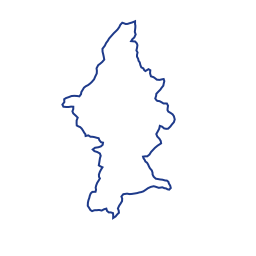 Borda da Mata, Minas Gerais, Brazil, rotated 219°
{"feature_id": "56859067B81433489923688", "entity_name": "Borda da Mata", "entity_type": "district", "adm_level": 2, "iso_a3": "BRA", "parent_name": "Brazil", "parent_adm1": "Minas Gerais", "projection": "equal_earth", "projection_center": [-46.16, -22.254], "detail": "fine", "context": "isolated", "style": "outline", "palette": "blue", "viewbox_px": 256, "rotation_deg": 219, "n_neighbors": 0, "source": "geoboundaries", "source_scale": "gbopen_adm2", "svg_char_len": 3095}
<svg xmlns="http://www.w3.org/2000/svg" viewBox="0 0 256 256"><g transform="rotate(219 128 128)"><path d="M110.3,42.2L107.8,41.4L105.6,40.6L103.6,40.8L102.4,42.9L100.5,44.5L98.9,46.1L96.5,47.3L95.4,49.9L94.1,51.7L92.2,50.4L89.8,50.3L88.2,51.6L86.1,52.4L84.5,50.8L82.9,48.7L82.0,51.4L82.0,54.2L81.7,56.4L83.2,57.9L85.2,59.1L86.0,62.2L86.2,64.6L86.6,67.4L88.1,69.5L90.0,70.6L90.0,73.6L87.4,76.4L85.2,77.6L83.5,79.2L81.5,81.4L79.9,83.2L78.7,85.0L77.4,86.5L76.2,88.4L75.3,91.3L74.6,93.8L73.2,96.6L71.4,98.9L69.9,99.6L66.4,100.9L64.0,103.5L61.9,104.1L60.4,105.0L58.8,105.2L57.2,106.0L57.0,108.3L59.0,109.8L61.1,110.5L62.8,111.6L64.7,111.6L66.1,110.6L68.7,109.5L70.7,108.2L72.2,107.4L74.5,106.1L77.4,106.3L79.6,107.3L80.8,108.7L82.8,110.0L85.6,110.5L87.7,111.4L89.4,112.3L91.3,113.0L93.4,112.9L94.9,113.7L96.8,114.2L98.3,115.2L96.9,116.7L95.2,118.1L94.6,120.9L95.0,123.9L94.8,126.5L94.6,129.5L93.9,132.9L92.6,136.9L94.4,138.5L96.8,139.4L99.9,139.8L102.2,141.1L102.7,144.0L103.3,147.1L104.6,149.7L102.3,150.5L99.7,150.4L97.8,151.4L96.4,152.7L96.0,155.7L96.1,158.5L96.0,161.4L97.1,164.1L99.7,166.0L101.9,166.7L104.5,166.5L107.0,166.1L108.6,166.8L109.7,168.4L110.9,170.5L113.2,171.5L115.9,169.4L118.3,169.1L120.4,168.7L122.3,167.5L123.8,167.6L125.4,168.1L126.4,170.7L127.5,172.4L127.3,175.2L127.0,178.2L127.2,180.4L127.2,183.1L128.1,184.8L129.3,187.3L131.1,188.5L132.3,187.1L133.7,185.3L136.0,183.7L138.2,183.7L140.1,183.6L142.7,182.6L145.3,184.4L147.0,186.9L149.1,186.6L150.3,183.2L151.9,183.2L153.6,184.0L155.8,183.5L158.0,184.7L160.2,186.4L162.1,186.9L163.7,188.2L165.9,189.1L167.1,190.6L168.1,192.7L170.3,193.6L171.5,196.1L172.8,198.3L174.4,199.3L176.9,199.7L178.7,198.5L180.2,197.5L180.5,199.7L180.1,202.3L180.9,205.5L183.2,207.0L184.4,208.9L185.4,210.5L186.6,212.1L188.0,213.3L189.7,215.4L191.2,212.6L192.8,210.3L193.8,208.7L195.2,207.4L196.8,206.9L198.7,206.2L198.9,203.4L198.3,201.0L198.1,198.0L198.3,195.9L198.7,192.8L198.9,188.2L199.0,185.6L198.6,183.1L198.5,180.3L197.8,177.4L197.7,173.5L195.8,171.3L193.8,169.8L191.8,168.2L189.5,166.2L189.6,163.1L190.1,160.4L190.7,158.1L190.0,154.6L188.2,152.9L186.6,150.7L185.8,147.2L185.0,144.5L185.1,141.0L185.4,138.8L186.0,136.3L187.1,133.8L187.6,131.6L187.2,129.0L186.9,126.6L185.8,124.7L185.7,122.0L187.6,120.9L190.0,119.2L192.0,117.3L193.6,114.5L195.0,112.3L195.7,110.2L193.8,108.1L193.7,104.9L191.6,103.9L189.3,105.4L187.5,106.8L185.7,108.8L183.9,110.1L182.4,108.2L181.7,106.0L179.8,104.9L176.2,104.7L173.6,104.4L172.7,101.6L171.0,99.4L169.4,97.7L167.7,98.0L165.7,98.6L163.6,98.4L161.1,97.6L159.1,96.8L157.3,96.4L155.9,95.1L154.2,97.3L151.7,97.6L149.8,99.0L148.1,99.9L146.2,100.7L144.4,101.6L142.5,100.5L140.0,100.0L138.2,100.9L137.1,99.0L137.5,96.6L138.9,94.4L141.2,91.9L141.9,89.1L139.5,88.9L136.7,90.0L133.8,90.5L131.7,89.2L130.8,86.9L129.7,85.0L128.6,83.1L127.2,80.6L125.4,80.8L123.1,81.4L122.8,78.9L122.3,76.3L121.3,73.5L119.8,71.8L118.1,71.1L117.7,68.4L117.4,65.9L116.6,63.4L115.6,61.3L114.0,59.9L113.1,58.0L115.5,55.9L115.8,53.7L115.1,51.4L114.0,49.1L113.3,47.0L112.2,44.8L110.3,42.2Z" fill="none" stroke="#1e3a8a" stroke-width="2"/></g></svg>